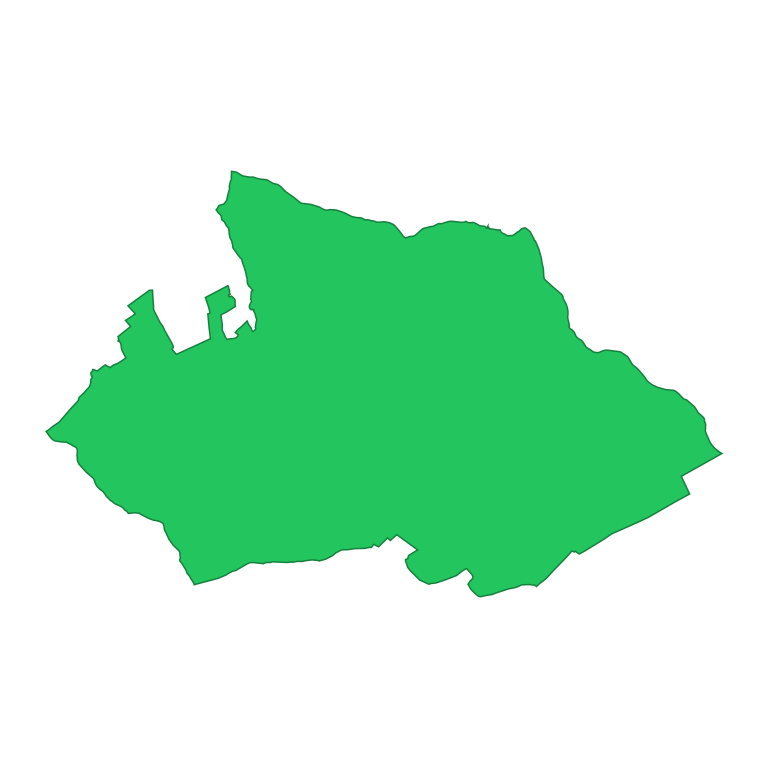 Osesti, Vaslui, Romania (Equal Earth projection)
{"feature_id": "2599482B5127091707181", "entity_name": "Osesti", "entity_type": "district", "adm_level": 2, "iso_a3": "ROU", "parent_name": "Romania", "parent_adm1": "Vaslui", "projection": "equal_earth", "projection_center": [27.44, 46.771], "detail": "fine", "context": "isolated", "style": "filled", "palette": "green", "viewbox_px": 768, "rotation_deg": 0, "n_neighbors": 0, "source": "geoboundaries", "source_scale": "gbopen_adm2", "svg_char_len": 6076}
<svg xmlns="http://www.w3.org/2000/svg" viewBox="0 0 768 768"><path d="M689.6,494.0L681.3,476.3L721.9,453.5L719.8,452.3L715.7,449.1L713.3,446.8L710.3,442.9L706.6,434.5L705.5,431.6L705.3,430.4L705.6,428.1L705.4,427.4L705.7,424.7L705.5,423.6L704.5,421.1L704.4,419.1L704.1,418.5L702.9,416.9L698.0,412.5L696.6,409.9L695.4,408.4L694.9,407.3L694.2,406.5L686.4,399.7L685.4,399.7L683.4,398.6L678.5,393.6L675.7,391.2L673.5,390.3L665.6,389.6L657.5,387.3L652.2,384.8L649.4,382.8L647.3,381.0L646.0,379.3L644.9,377.3L639.0,370.3L637.3,368.5L633.3,365.3L632.0,364.0L628.5,357.9L627.4,356.5L621.0,352.2L619.6,351.7L607.1,350.1L604.8,350.3L602.5,350.9L599.6,352.2L598.2,352.6L596.0,352.5L593.3,352.0L589.9,349.3L587.4,348.1L586.2,347.2L583.3,342.5L581.8,340.7L580.8,339.8L579.5,339.4L576.8,337.3L575.7,335.6L574.8,333.3L573.9,331.8L571.9,329.7L570.1,328.7L569.3,327.6L569.1,327.1L569.4,326.1L569.2,324.4L567.9,318.9L567.7,317.3L568.0,313.6L567.9,310.6L567.4,308.0L566.3,304.4L563.3,298.7L562.9,296.6L562.4,295.5L561.6,294.4L553.1,287.1L544.5,279.3L544.1,278.5L543.8,276.3L543.4,269.0L542.1,263.3L541.4,258.6L540.5,255.1L538.8,249.0L535.8,242.0L535.4,241.0L534.4,240.5L533.9,238.8L530.1,231.6L526.4,228.6L525.2,227.9L524.3,227.9L521.6,228.7L518.8,231.5L517.5,232.0L513.7,235.0L512.4,235.5L507.1,235.9L505.8,234.6L502.4,233.1L501.3,232.2L500.4,230.9L500.0,229.8L497.9,230.0L492.8,229.1L491.4,229.1L488.8,228.4L488.7,227.5L487.8,227.9L487.9,226.0L487.4,226.8L486.1,227.9L484.8,226.3L479.8,225.8L476.9,224.0L473.2,222.4L469.3,222.8L467.6,222.4L466.1,221.4L465.5,221.4L464.8,222.0L462.1,222.4L453.5,221.4L449.8,221.3L445.4,222.4L441.4,223.8L439.2,223.5L437.5,224.1L433.3,226.2L429.4,226.9L423.1,228.5L420.2,230.8L417.9,233.1L414.9,235.5L413.5,236.2L409.8,236.5L405.5,237.9L404.3,237.2L402.8,235.7L400.5,232.4L394.7,225.5L393.2,224.4L389.4,222.7L384.8,221.8L377.1,222.2L373.8,221.0L371.4,220.7L368.2,219.8L365.9,219.9L364.5,219.5L361.1,217.8L356.0,217.5L351.7,216.5L344.4,212.8L337.2,210.3L334.2,209.8L329.6,209.6L327.2,210.2L325.7,210.1L322.2,208.8L319.8,207.2L311.0,204.4L301.0,203.2L293.7,197.3L285.3,191.4L281.0,186.8L277.8,184.5L273.3,183.5L266.7,179.7L260.7,179.2L257.1,178.4L253.0,177.0L250.2,177.2L242.6,175.9L236.6,172.2L231.6,171.3L231.4,171.6L231.6,174.3L231.3,175.8L231.4,179.6L230.5,181.1L229.2,186.8L229.7,188.2L227.7,195.4L226.6,200.5L223.8,204.0L221.4,204.8L219.6,205.2L218.7,205.8L218.0,207.4L216.1,210.0L217.4,211.4L218.0,212.7L220.1,214.4L221.1,215.8L221.8,219.6L222.3,220.3L224.2,221.6L226.8,226.3L228.5,228.1L228.8,229.5L229.4,235.2L230.0,237.6L231.7,241.1L232.5,244.5L232.7,246.6L233.1,248.1L238.7,256.0L240.4,258.0L241.5,258.8L242.8,263.5L244.0,266.5L246.0,273.3L246.3,275.6L247.1,278.6L247.4,283.0L247.9,284.5L248.9,286.2L250.4,287.4L252.8,290.5L251.3,291.6L250.8,299.4L251.3,300.1L251.3,301.9L249.7,304.7L249.3,306.8L249.6,308.3L251.0,309.7L252.2,309.8L252.3,309.3L253.8,309.7L253.7,311.1L255.3,314.2L255.6,316.4L256.7,319.5L255.6,325.1L255.4,327.4L255.7,328.5L255.6,329.4L253.0,331.6L252.1,330.9L251.1,328.0L248.6,324.5L247.1,321.0L241.9,326.2L237.4,329.9L235.3,332.6L238.2,334.8L238.0,336.0L236.0,337.8L232.9,338.7L228.9,338.9L226.9,339.5L225.5,337.2L222.3,330.2L222.2,323.9L221.2,317.1L221.1,314.7L227.1,311.7L235.3,306.5L235.1,304.6L235.1,300.2L234.4,298.8L231.6,296.1L229.2,296.9L228.4,295.3L230.1,294.4L229.3,291.7L229.6,291.2L228.3,286.4L227.9,285.7L205.4,297.5L208.5,306.8L209.4,310.1L209.9,313.2L207.8,313.9L209.3,329.8L210.5,338.7L176.4,354.4L172.4,349.8L172.1,349.2L172.2,348.8L172.8,348.3L173.3,346.7L172.3,344.0L164.9,330.8L162.9,326.5L160.0,322.4L154.2,311.0L153.5,308.8L153.6,306.4L153.0,299.3L152.5,290.1L149.4,290.3L128.0,305.8L135.2,313.7L131.8,316.4L125.5,320.4L130.6,326.5L118.1,336.5L118.4,338.8L119.0,340.4L118.6,340.9L118.1,340.8L118.1,341.1L119.3,341.6L120.3,342.6L121.0,344.7L121.5,348.7L122.3,351.0L125.9,358.0L118.1,363.2L113.3,365.1L110.7,367.2L109.7,367.6L109.0,366.9L107.4,366.2L105.5,364.9L104.0,365.7L97.2,371.0L93.4,369.5L92.7,369.5L92.7,370.2L91.8,371.8L91.0,372.7L90.9,373.9L91.4,375.8L92.4,377.1L90.8,379.5L90.7,382.6L89.6,386.5L82.5,394.4L79.2,397.3L78.2,400.5L77.4,401.6L70.9,408.5L59.1,422.2L53.2,426.1L48.8,429.7L46.1,431.5L47.9,433.7L49.4,436.2L51.5,438.6L54.2,440.7L58.2,441.5L64.8,442.2L66.6,442.1L68.5,443.4L70.9,444.4L73.2,446.0L75.8,447.2L76.6,448.0L77.0,448.9L77.4,451.1L77.0,455.4L77.5,460.7L78.9,464.1L86.4,472.3L93.3,478.3L94.0,479.4L95.4,483.6L96.9,486.2L99.2,488.7L103.0,491.6L104.7,493.7L106.3,496.3L110.3,500.3L112.3,501.6L114.8,503.7L120.5,506.2L122.8,507.7L125.2,510.4L126.9,511.3L128.3,513.4L134.7,512.8L139.0,513.2L143.3,515.7L149.2,518.6L153.6,520.2L155.8,520.5L159.4,521.4L161.6,522.4L163.1,523.7L164.0,525.7L164.3,529.3L169.0,539.3L173.2,545.2L179.5,551.3L179.8,552.7L180.3,558.1L179.8,559.5L179.8,560.7L180.3,561.6L182.0,563.6L185.9,570.0L187.1,573.4L189.3,575.8L190.6,578.3L193.0,581.9L193.9,583.6L194.2,584.7L218.2,578.3L226.7,574.7L227.4,573.9L232.8,571.2L236.0,570.4L247.3,563.8L249.5,562.8L251.2,562.6L253.8,562.6L263.6,563.7L266.0,562.5L270.4,562.5L272.5,561.8L287.5,562.5L290.4,562.1L293.3,562.1L298.2,561.3L300.0,561.5L303.2,561.3L305.5,560.7L311.9,559.9L317.9,560.4L318.9,561.0L325.9,559.1L332.9,555.4L335.5,553.1L341.5,549.9L347.5,549.7L355.1,548.6L364.7,548.4L369.4,547.4L371.4,547.5L373.7,544.4L378.6,546.8L387.6,537.9L390.3,540.5L396.8,534.7L417.6,549.9L408.8,555.4L408.1,556.9L407.9,558.5L405.5,559.7L405.6,561.0L407.8,567.5L410.3,570.7L419.6,580.0L428.3,584.0L429.2,584.2L430.5,583.6L436.2,582.9L444.9,580.0L456.6,575.5L462.3,571.0L465.8,568.9L466.7,568.7L472.0,574.7L472.5,575.5L473.0,577.0L472.8,578.4L470.2,581.0L468.0,584.3L470.7,589.0L472.6,591.1L476.3,594.6L478.8,596.4L480.2,596.7L481.7,596.5L485.3,595.6L492.3,594.5L496.2,592.9L508.5,588.9L513.3,588.0L517.3,586.9L521.8,584.8L529.3,584.6L534.3,585.1L535.7,585.9L536.4,586.5L539.3,583.8L545.4,579.2L547.0,577.6L553.8,570.2L566.6,557.0L571.5,551.4L572.0,551.1L574.3,552.0L575.0,551.2L579.3,554.0L584.8,551.0L604.1,539.1L611.8,533.8L637.3,522.5L648.6,517.2L675.8,501.5L689.6,494.0Z" fill="#22c55e" stroke="#15803d" stroke-width="1.5"/></svg>